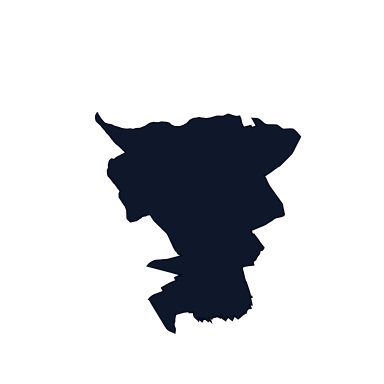 outline of Alkmaar, Noord-Holland, Netherlands, rotated 224°
{"feature_id": "6326949B3608073145237", "entity_name": "Alkmaar", "entity_type": "district", "adm_level": 2, "iso_a3": "NLD", "parent_name": "Netherlands", "parent_adm1": "Noord-Holland", "projection": "equal_earth", "projection_center": [4.805, 52.601], "detail": "fine", "context": "isolated", "style": "filled", "palette": "ink", "viewbox_px": 384, "rotation_deg": 224, "n_neighbors": 0, "source": "geoboundaries", "source_scale": "gbopen_adm2", "svg_char_len": 5898}
<svg xmlns="http://www.w3.org/2000/svg" viewBox="0 0 384 384"><g transform="rotate(224 192 192)"><path d="M152.4,307.0L159.0,307.6L161.2,307.5L162.9,307.2L163.6,306.8L164.5,306.0L164.5,305.9L165.2,305.4L168.3,302.0L169.4,300.8L169.8,300.5L170.3,300.2L171.3,299.9L176.2,299.3L176.8,299.2L177.7,298.7L178.7,297.9L184.1,292.8L184.8,292.3L185.3,292.0L186.9,291.3L187.5,291.2L192.6,290.9L194.1,290.7L195.2,290.4L196.0,289.9L199.7,286.8L198.7,286.6L191.3,284.3L193.6,279.9L195.8,280.6L199.7,274.3L203.8,275.7L207.6,278.3L208.4,278.7L209.9,279.2L210.4,279.6L212.2,277.2L212.8,276.7L215.5,275.2L219.7,273.2L219.9,273.0L220.1,272.8L221.7,268.8L222.0,268.2L222.4,267.7L226.7,263.7L230.0,257.9L230.6,257.1L232.9,254.3L233.2,254.0L234.8,253.0L236.9,251.3L237.8,250.8L238.4,250.4L238.9,249.8L240.1,247.9L241.1,246.8L241.4,246.3L242.3,244.8L242.6,243.8L243.1,242.6L243.2,241.3L243.1,240.2L243.2,238.4L243.2,237.4L243.4,236.8L244.2,234.0L245.8,230.9L246.1,230.4L246.5,230.0L249.7,227.0L253.6,225.5L254.0,225.5L255.7,225.6L256.2,225.6L258.4,224.4L262.5,221.0L262.8,220.7L263.5,219.2L263.7,218.8L266.0,216.6L267.6,215.5L267.8,215.3L269.0,213.6L269.8,212.2L270.3,210.6L270.8,208.1L271.2,206.6L273.4,201.7L273.8,201.1L275.0,200.0L276.2,198.6L277.7,196.0L278.4,195.4L279.5,194.9L280.1,194.4L280.6,193.9L281.7,192.5L283.3,191.0L286.2,188.9L289.9,187.2L293.4,185.2L296.4,184.4L299.2,182.5L302.0,180.9L302.8,180.8L303.5,180.8L305.3,180.9L309.0,181.3L313.4,182.4L314.5,182.9L314.8,183.1L315.2,183.6L314.4,180.5L313.9,179.7L313.3,179.2L312.7,178.4L311.1,177.2L310.1,176.8L309.5,176.8L308.7,176.6L307.8,176.8L306.7,176.7L303.4,176.8L301.6,176.4L297.7,176.1L297.4,176.2L296.0,175.8L294.0,175.5L293.2,175.4L293.0,175.5L292.6,175.6L292.1,175.5L288.9,175.3L288.8,175.1L287.8,174.9L286.5,174.7L285.4,174.7L284.8,174.5L283.5,174.3L281.4,174.2L279.4,174.2L279.2,174.4L278.1,174.4L275.6,174.6L274.4,174.5L272.9,174.6L271.2,174.4L269.2,174.6L266.8,174.5L269.1,167.4L270.0,165.2L270.5,161.1L272.7,159.9L272.8,159.6L272.9,159.1L272.8,158.4L272.9,158.2L272.8,156.9L272.5,156.3L271.8,155.3L271.5,154.6L271.2,154.0L270.3,153.0L269.0,151.8L268.5,151.3L268.4,150.9L268.3,150.4L268.1,149.6L268.0,149.1L267.7,148.8L265.2,146.5L263.5,145.5L263.1,145.4L261.8,145.4L259.7,145.2L256.0,144.6L255.0,144.7L254.9,144.3L253.2,144.4L250.2,143.9L248.0,143.4L244.1,143.0L244.0,142.3L243.1,140.1L242.7,139.7L241.3,139.1L241.2,139.0L241.5,138.6L240.5,137.7L240.2,137.6L236.4,136.9L235.1,136.4L234.1,136.3L233.2,136.4L233.0,136.0L232.8,135.9L230.4,135.7L227.1,134.1L225.7,133.6L225.5,133.4L225.6,133.1L220.4,128.1L219.9,127.9L215.6,127.8L212.2,132.9L211.4,136.8L211.1,137.4L211.0,137.7L211.0,138.8L211.0,139.6L211.0,139.9L210.9,140.1L210.2,140.9L210.2,141.1L209.9,141.6L208.9,142.6L208.7,143.4L208.6,143.8L208.1,144.8L207.1,146.0L206.2,146.8L200.1,145.3L199.4,145.2L185.2,145.1L182.0,145.1L181.0,145.0L179.3,144.5L172.4,141.8L172.2,141.9L172.3,141.8L167.0,139.7L162.9,138.5L162.7,139.0L160.0,138.2L158.9,138.0L155.6,139.1L155.9,137.6L162.8,126.2L170.4,117.6L170.6,117.3L171.1,116.5L172.1,114.1L172.6,112.4L172.7,111.4L172.8,110.8L172.9,109.6L172.7,107.8L163.2,113.2L163.3,113.2L162.2,113.8L143.9,123.9L143.5,124.1L142.5,124.6L144.8,118.3L143.6,117.9L141.7,117.5L144.1,112.2L145.1,109.2L146.9,103.2L147.2,102.7L147.4,102.1L147.1,101.8L146.6,101.8L144.2,101.1L143.6,100.9L143.4,100.6L147.7,91.6L148.1,90.5L148.4,89.0L148.6,87.4L148.6,86.0L148.5,84.8L147.1,84.9L145.6,84.4L144.4,84.0L118.3,77.1L115.5,76.5L114.0,76.4L112.3,76.6L108.0,78.2L106.5,78.7L107.8,80.5L108.9,81.7L109.3,82.0L111.1,82.8L111.6,83.0L112.8,83.9L113.2,84.3L114.0,85.6L114.6,86.8L116.0,88.2L117.8,90.8L118.5,92.0L118.6,92.4L118.6,92.7L118.2,93.8L117.8,94.5L117.1,95.5L114.7,99.7L112.4,102.6L111.2,103.8L110.4,103.4L108.4,105.3L107.5,106.5L104.7,104.4L104.1,104.1L103.5,103.9L101.1,104.0L101.0,103.9L100.6,103.9L98.5,104.1L97.9,104.0L99.2,106.2L98.2,106.4L97.5,105.6L94.6,105.7L94.5,106.1L96.5,108.3L95.0,108.4L94.7,109.0L94.0,109.9L91.6,110.2L91.4,110.2L91.4,110.3L90.9,110.3L90.5,110.2L90.5,111.9L88.4,112.0L89.6,112.6L91.3,112.9L92.2,113.3L92.6,113.5L91.5,114.2L90.8,114.4L89.6,114.5L89.8,115.9L89.6,116.2L89.2,117.2L88.9,117.7L88.8,118.0L88.1,118.4L88.0,118.8L87.9,119.6L88.0,119.7L86.4,120.3L86.4,120.5L84.0,121.3L85.0,123.2L84.2,123.5L83.6,123.0L83.3,122.6L82.5,122.2L79.5,122.8L78.5,122.9L78.8,123.6L79.3,127.1L73.9,127.7L75.5,132.5L72.5,132.7L70.8,132.9L70.5,135.1L70.3,137.7L70.3,138.5L69.6,141.3L69.4,142.8L69.6,143.0L69.4,143.0L69.7,143.4L69.8,143.9L70.5,144.8L70.4,145.4L70.5,147.0L70.4,147.2L70.0,147.9L68.8,149.4L68.9,149.5L69.1,149.5L72.3,150.8L70.5,152.4L76.7,156.5L76.3,156.9L76.2,157.6L75.9,158.0L76.6,158.3L77.7,157.7L79.6,158.9L82.0,160.3L90.4,164.7L90.6,164.4L92.0,165.1L95.9,167.3L95.9,167.5L99.9,170.0L101.6,171.0L102.4,171.3L102.7,171.7L103.3,173.1L103.5,173.3L103.9,173.5L99.3,179.8L98.6,180.2L98.5,180.8L98.2,180.9L97.0,182.4L98.5,183.2L99.9,184.8L100.5,185.4L99.9,185.4L99.8,185.8L99.4,186.0L99.4,186.4L99.3,187.7L99.7,188.7L100.2,190.0L100.2,190.6L100.5,191.8L100.5,192.7L100.5,193.6L100.6,193.9L101.1,195.1L101.4,195.5L102.0,196.0L102.0,196.3L102.2,196.8L102.1,197.6L101.8,198.1L101.5,198.4L101.3,198.6L101.1,199.1L101.2,199.8L101.2,200.5L101.6,201.8L110.3,203.1L110.2,203.3L118.2,204.6L118.5,203.6L121.3,204.1L121.3,204.7L123.1,205.0L122.8,205.5L122.0,207.4L120.0,212.1L117.3,218.2L116.5,220.9L115.7,224.3L115.0,227.0L114.8,227.7L114.7,229.3L113.9,231.9L113.4,232.7L112.5,233.9L110.9,236.3L109.8,238.5L109.8,239.3L110.0,239.7L110.2,240.0L110.9,240.5L115.8,243.8L116.9,244.7L118.1,245.5L119.1,246.0L140.5,249.9L143.4,250.9L147.0,252.3L151.4,253.9L150.7,255.3L150.6,255.6L149.4,261.3L149.5,261.3L149.3,262.2L148.9,264.3L148.8,265.1L148.0,269.0L147.8,270.2L147.5,271.9L147.4,272.2L147.2,272.1L147.0,283.7L147.0,288.6L147.1,289.6L147.5,291.0L148.2,293.3L148.4,293.4L148.3,293.5L148.5,294.1L152.4,307.0Z" fill="#0f172a" stroke="#020617" stroke-width="1.5"/></g></svg>